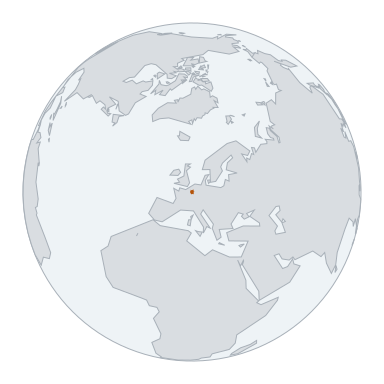 Namur highlighted on a globe, orthographic projection, rotated 22°
{"feature_id": "BEL-3476", "entity_name": "Namur", "entity_type": "Province", "adm_level": 1, "iso_a3": "BEL", "parent_name": "Belgium", "parent_adm1": "", "projection": "orthographic", "projection_center": [4.867, 50.216], "detail": "fine", "context": "on_globe", "style": "filled", "palette": "amber", "viewbox_px": 384, "rotation_deg": 22, "n_neighbors": 0, "source": "natural_earth", "source_scale": "10m", "svg_char_len": 11008}
<svg xmlns="http://www.w3.org/2000/svg" viewBox="0 0 384 384"><g transform="rotate(22 192 192)"><circle cx="192" cy="192" r="169" fill="#eef3f6" stroke="#a8b0b8"/><path d="M24.0,210.4L24.0,209.1L23.5,203.5L25.1,202.8L26.0,191.9L25.9,187.7L24.8,187.9L25.6,172.2L27.7,161.9L39.8,119.2L43.1,112.7L46.5,107.4L67.2,80.4L50.4,100.3L55.3,93.1L62.4,84.4L62.2,85.0L72.1,75.1L78.8,68.6L92.3,59.4L105.1,56.3L100.7,59.1L104.3,58.3L110.1,55.0L113.1,53.0L133.4,48.5L153.4,41.8L157.6,38.1L158.3,40.4L164.8,32.8L174.3,29.7L164.9,34.3L164.9,35.7L172.0,33.9L173.5,35.0L177.9,34.9L179.1,36.5L173.5,39.4L174.2,40.6L179.1,39.3L183.5,40.4L176.1,42.0L182.9,44.1L174.8,50.2L154.0,54.6L150.7,60.5L132.5,72.1L135.4,72.8L130.3,78.1L131.8,81.1L128.0,82.7L132.4,83.7L135.6,81.7L138.6,81.5L139.7,83.1L135.1,85.4L133.9,84.9L133.1,86.4L130.3,86.9L132.3,87.6L126.6,90.4L133.9,90.2L130.7,94.5L126.4,95.7L124.8,92.2L110.9,87.5L106.1,88.3L100.9,92.4L95.6,107.0L91.1,109.4L86.6,115.1L90.0,115.1L94.7,110.7L99.9,112.5L105.1,107.3L107.9,107.4L114.1,103.6L115.3,107.9L113.2,114.2L108.2,117.6L107.1,120.6L113.7,120.6L106.0,130.5L103.9,143.4L101.7,145.8L94.1,144.1L89.6,135.6L79.8,134.7L88.4,139.2L82.7,145.6L82.6,148.5L84.2,150.6L87.3,149.8L85.8,153.0L76.8,149.3L78.0,146.4L80.8,147.5L78.6,143.7L72.5,141.9L70.1,145.6L63.5,139.9L61.6,142.6L59.2,143.1L62.5,139.1L56.4,146.4L48.2,142.9L39.7,155.7L45.6,140.8L46.3,134.8L46.4,128.9L44.9,130.9L47.0,121.3L45.4,117.8L39.7,124.3L34.9,134.1L33.1,143.6L34.9,142.4L34.9,148.3L29.9,154.1L29.1,167.3L26.2,174.1L25.3,181.6L26.2,186.4L26.7,194.3L28.8,193.8L31.5,198.1L29.7,204.7L32.6,202.5L33.1,209.4L39.5,222.3L38.5,222.8L43.6,241.3L52.0,256.1L53.9,263.5L52.6,265.0L56.2,269.7L56.3,271.6L73.0,289.4L83.7,301.2L84.7,307.2L78.6,308.1L79.6,316.3L70.4,309.2L71.2,310.2L62.8,300.9L55.1,291.1L48.2,280.7L42.0,269.8L36.7,258.5L32.2,246.9L28.6,234.9L25.9,222.7L24.0,210.4ZM37.1,159.0L36.4,177.7L34.4,171.0L35.2,171.3L35.9,165.7L36.3,157.4L35.2,152.0L37.1,159.0ZM42.1,158.4L42.0,155.7L42.5,157.9L42.1,158.4ZM114.1,52.0L110.1,54.8L104.2,57.6L107.4,55.1L114.1,52.0ZM125.4,47.7L124.0,49.1L120.1,49.3L122.1,48.4L125.4,47.7ZM160.2,35.4L156.6,36.7L159.6,35.1L160.2,35.4ZM178.2,34.6L178.8,34.0L180.8,34.2L178.2,34.6ZM113.0,101.6L113.5,102.6L112.1,102.8L113.0,101.6ZM115.2,99.1L113.1,98.6L113.9,97.3L115.1,97.7L115.2,99.1ZM184.5,37.0L187.6,37.7L183.5,37.4L184.5,37.0ZM117.5,100.1L115.4,95.2L116.8,93.1L122.6,92.7L117.5,100.1ZM188.7,38.5L196.2,40.7L198.1,39.3L197.1,44.6L191.1,40.9L185.7,40.6L188.8,39.8L188.7,38.5ZM136.1,80.3L132.8,82.5L134.5,79.2L136.1,80.3ZM136.5,78.3L137.5,68.9L143.0,66.7L141.5,70.2L147.8,66.3L150.0,69.8L147.1,72.7L143.1,73.4L146.9,74.2L136.5,78.3ZM195.4,47.4L196.4,48.5L194.3,48.0L195.4,47.4ZM139.9,81.2L139.6,79.4L144.4,77.3L145.8,80.5L143.8,80.1L139.9,81.2ZM148.4,63.7L152.2,62.9L155.0,65.4L156.8,65.4L150.5,69.7L148.4,63.7ZM143.3,81.4L146.4,82.2L145.2,84.8L140.5,82.8L143.3,81.4ZM145.0,75.4L147.3,74.6L146.5,76.1L145.0,75.4ZM142.7,94.6L142.3,92.3L144.7,91.0L142.7,94.6ZM147.7,82.4L148.1,81.5L149.0,80.8L150.7,81.8L147.7,82.4ZM153.0,71.3L153.3,72.6L155.7,69.6L157.9,71.6L153.3,74.1L156.2,73.9L156.9,74.5L152.3,75.9L153.0,71.3ZM155.2,80.8L150.1,85.0L150.4,89.5L148.2,90.7L148.2,83.3L155.2,80.8ZM153.9,77.8L154.2,79.9L151.4,80.3L149.4,79.0L153.9,77.8ZM161.0,72.1L158.9,68.4L159.9,68.0L161.0,72.1ZM155.9,82.0L157.1,80.9L156.2,82.2L155.9,82.0ZM160.1,75.0L159.2,73.7L160.4,73.2L160.1,75.0ZM160.3,80.1L158.6,81.4L157.2,80.5L160.3,80.1ZM160.6,77.7L162.6,77.4L157.7,79.5L160.0,77.1L160.6,77.7ZM161.4,74.8L161.9,74.1L161.6,75.4L161.4,74.8ZM166.5,82.6L160.7,85.5L157.7,83.5L163.7,81.0L166.5,82.6ZM359.5,169.8L359.2,168.1L359.1,169.5L357.2,161.9L353.5,155.5L354.4,163.6L352.5,159.4L347.5,157.4L347.7,169.0L349.3,193.7L352.5,205.6L351.7,215.3L343.3,207.6L337.7,198.4L335.8,203.6L326.1,201.5L312.8,216.2L309.9,214.4L307.6,218.7L300.6,220.3L295.8,216.7L292.0,220.1L304.7,229.0L308.6,225.3L310.4,216.3L313.4,220.5L319.9,220.0L316.4,239.0L294.9,267.3L291.1,259.0L266.0,240.6L265.8,236.9L265.7,236.6L265.2,236.0L264.7,242.4L259.8,238.0L275.0,253.6L278.3,261.1L294.6,268.1L293.5,270.4L298.2,270.6L311.4,257.3L311.8,260.4L306.6,278.9L287.0,307.7L288.7,315.9L285.6,323.9L271.3,334.5L270.5,338.2L262.8,342.5L260.9,344.6L253.5,348.5L242.0,353.0L224.7,357.2L225.2,356.3L219.0,355.0L211.1,346.5L217.2,340.1L216.3,335.1L203.6,323.6L206.5,315.4L202.7,312.1L195.0,313.4L190.4,309.2L185.6,309.2L154.6,310.0L144.1,302.6L129.5,280.5L134.4,273.6L133.7,263.5L166.3,232.3L175.1,235.1L202.9,229.3L206.7,230.3L205.4,239.3L227.8,246.2L232.7,237.9L251.1,238.3L262.0,233.8L262.4,216.5L244.5,223.5L239.4,216.7L252.2,204.3L267.6,198.2L266.1,195.4L254.7,192.9L256.5,185.4L250.6,191.5L254.2,193.6L250.6,197.6L247.0,196.0L247.8,193.3L242.7,193.8L240.2,207.0L243.7,210.5L231.3,216.5L235.9,223.0L233.2,227.4L224.4,218.1L223.9,213.8L209.0,204.3L208.3,209.2L222.4,218.7L218.7,218.5L217.9,225.8L215.7,220.1L200.5,209.0L188.2,213.0L175.5,230.8L167.7,232.0L159.8,228.0L161.6,210.2L178.8,209.7L179.6,203.9L173.7,195.4L179.4,196.1L179.1,192.7L185.3,192.1L191.7,183.5L197.7,182.1L197.9,171.6L201.0,169.6L200.0,176.3L202.5,180.4L217.1,177.1L219.2,174.3L218.2,167.9L222.3,168.0L219.4,162.2L226.7,157.5L215.4,158.6L213.9,151.6L216.9,145.1L214.4,143.1L209.4,153.8L209.2,158.0L212.3,161.1L210.0,173.3L205.5,176.1L200.2,164.5L193.2,167.4L192.2,157.6L206.4,133.9L213.6,128.1L230.3,132.3L229.9,137.3L223.8,138.1L231.6,143.4L230.0,140.0L233.4,140.3L232.8,134.1L235.2,134.1L230.5,128.4L233.4,127.7L236.3,131.3L237.9,122.0L243.3,119.1L242.5,117.1L240.1,115.7L248.5,113.2L247.5,111.8L244.4,112.1L240.4,109.7L236.7,104.5L239.8,103.9L241.6,105.7L250.0,108.7L254.2,113.9L255.1,113.1L252.2,108.6L241.9,104.8L238.8,101.9L243.8,103.0L241.7,102.4L241.1,100.8L243.5,98.7L238.1,97.3L227.5,81.8L231.0,76.7L236.6,79.1L232.5,68.8L236.7,64.5L233.8,64.7L229.9,60.3L228.5,61.5L226.9,61.3L216.2,51.6L216.1,49.1L208.2,45.8L206.7,45.9L206.3,47.5L197.1,44.6L198.1,39.3L201.4,39.1L199.7,36.2L207.6,36.4L213.3,35.4L222.8,37.8L226.5,37.1L225.4,36.1L229.6,34.7L242.0,35.9L236.8,39.3L219.1,40.0L226.8,39.9L226.5,41.3L230.1,42.3L235.4,42.3L235.1,41.4L250.9,50.2L266.5,55.3L261.9,50.6L263.2,48.8L276.9,52.3L301.3,69.0L303.4,68.2L306.3,70.1L310.7,74.8L306.6,72.1L307.3,74.4L304.3,72.4L310.0,79.5L305.9,77.0L312.4,84.1L314.5,84.3L311.0,78.7L318.3,86.3L320.0,85.0L324.9,89.3L337.4,107.2L343.3,119.4L344.6,121.7L344.5,123.5L348.1,132.1L351.1,135.3L352.3,138.7L356.4,152.9L355.8,150.7L355.7,155.4L358.3,164.9L358.6,163.6L359.5,169.8ZM157.3,250.4L157.0,253.6L157.3,250.4ZM285.6,199.7L293.7,194.4L287.0,186.9L289.6,184.3L286.4,182.8L286.5,186.4L278.2,181.7L280.6,176.2L278.1,172.3L275.3,174.0L272.2,185.0L284.0,191.6L283.4,197.0L285.6,199.7ZM39.7,222.6L40.3,225.4L39.1,223.4L39.7,222.6ZM32.9,172.6L33.3,175.5L33.2,178.0L32.6,176.2L32.9,172.6ZM39.7,195.8L40.8,199.4L39.1,196.8L39.7,195.8ZM36.6,180.4L38.7,193.1L35.6,188.7L34.4,180.8L35.9,184.6L36.6,180.4ZM39.4,160.9L39.4,163.1L38.6,163.7L39.4,160.9ZM42.4,160.0L42.2,159.5L42.7,157.6L42.4,160.0ZM83.2,145.8L83.9,146.2L84.9,148.8L83.3,148.5L83.2,145.8ZM96.4,155.7L93.7,160.7L94.5,156.8L91.7,157.1L89.9,149.5L100.5,146.6L96.0,149.2L96.4,155.7ZM90.5,139.1L90.4,143.9L90.1,138.8L90.5,139.1ZM171.2,175.8L174.1,178.0L172.8,181.9L165.2,184.6L167.0,178.7L171.2,175.8ZM178.5,180.2L175.4,168.5L180.0,166.6L177.9,169.6L181.3,169.5L178.9,174.3L186.3,184.4L185.7,188.7L172.0,190.7L176.8,187.6L173.7,185.5L178.5,180.2ZM159.3,144.6L158.0,140.3L169.6,141.8L169.5,145.7L161.9,148.4L157.6,145.4L159.3,144.6ZM128.2,100.7L126.9,99.6L128.2,98.9L130.3,99.3L128.2,100.7ZM142.3,93.6L135.0,105.3L133.2,104.5L131.0,112.7L125.4,113.9L127.0,108.4L121.1,115.7L120.3,111.2L116.8,116.5L120.9,104.2L119.9,100.7L123.1,104.1L128.3,103.1L130.2,101.6L135.0,95.0L135.5,87.4L140.7,85.5L144.2,86.2L144.9,87.7L141.3,88.4L144.8,90.0L140.1,92.2L142.3,93.6ZM182.7,99.6L178.3,99.0L184.5,103.9L179.9,105.6L180.9,106.0L178.3,109.0L176.9,113.5L174.5,113.7L175.0,115.4L173.3,117.5L173.2,120.0L168.9,121.2L168.4,124.4L166.6,123.2L166.9,128.4L164.8,125.2L162.4,127.8L165.7,129.6L142.7,132.0L134.7,136.1L129.2,141.4L126.2,135.5L129.4,127.0L135.9,118.4L144.1,115.5L141.3,113.6L144.3,111.7L145.3,114.0L145.6,109.4L148.4,108.5L154.2,101.8L153.0,96.0L155.1,93.6L157.0,95.4L157.7,91.7L162.7,93.7L164.3,92.0L170.8,92.5L173.4,97.3L175.0,95.1L180.0,95.6L182.7,99.6ZM168.3,82.9L172.5,87.9L172.1,91.4L161.0,89.2L158.9,90.4L151.8,89.5L152.6,84.6L154.5,85.3L156.6,84.8L155.5,86.5L158.0,84.8L160.8,85.8L163.4,84.8L164.1,86.6L168.3,82.9ZM209.8,226.5L212.5,226.4L216.5,225.3L216.1,230.1L209.8,226.5ZM199.3,219.0L201.6,218.2L203.0,224.0L200.1,224.2L199.3,219.0ZM201.7,212.9L201.6,217.7L200.0,215.2L201.7,212.9ZM202.0,175.2L204.3,174.0L205.0,175.4L204.2,177.9L202.0,175.2ZM200.2,115.7L197.7,114.5L198.1,113.5L194.9,108.9L198.1,107.4L201.3,109.7L200.2,115.7ZM260.0,220.6L257.6,224.9L255.6,224.1L256.8,222.8L260.0,220.6ZM236.3,228.7L242.3,229.1L236.1,230.0L236.3,228.7ZM203.1,113.4L201.4,111.6L204.1,112.0L203.1,113.4ZM200.3,106.2L203.2,106.2L198.2,106.7L200.3,106.2ZM308.5,308.0L295.0,324.8L288.7,328.9L289.2,326.9L295.4,318.3L303.2,311.4L307.5,305.4L308.5,308.0ZM360.6,181.4L360.2,180.7L360.1,176.2L360.1,174.8L360.6,181.4ZM353.0,206.1L355.4,209.3L354.7,213.1L353.0,206.1ZM346.3,124.6L347.6,128.3L346.8,127.0L344.6,121.4L346.3,124.6ZM328.6,93.2L331.6,97.1L333.0,99.0L332.1,98.0L328.6,93.2ZM227.9,100.9L228.8,108.7L231.5,113.9L236.4,115.9L229.9,116.7L225.7,108.7L227.9,100.9ZM227.2,84.1L223.0,82.7L224.5,81.3L225.7,81.5L227.2,84.1ZM224.9,84.7L220.3,86.8L217.7,84.8L221.8,83.5L224.9,84.7ZM211.9,99.7L211.9,102.1L209.7,101.6L211.9,99.7ZM303.8,66.1L302.2,65.1L299.5,62.6L301.3,63.9L303.8,66.1ZM289.0,54.2L298.2,61.6L305.3,68.2L304.8,67.3L309.4,71.2L308.3,71.1L300.9,64.5L296.1,60.1L292.1,57.6L286.6,53.5L282.7,51.9L279.3,49.9L281.3,50.1L289.0,54.2ZM281.2,51.5L272.5,48.2L268.9,44.8L270.0,44.8L275.5,47.6L277.1,49.2L281.2,51.5ZM269.4,46.5L270.8,48.1L261.1,48.7L258.1,48.1L263.6,45.4L265.3,46.8L268.3,47.4L269.4,46.5ZM197.9,47.9L196.5,48.4L196.7,47.4L197.9,47.9ZM226.2,62.1L223.9,61.7L224.2,60.3L226.2,62.1ZM217.8,59.7L219.1,61.6L216.4,59.9L217.8,59.7ZM222.2,65.8L219.0,62.4L223.9,65.3L222.2,65.8Z" fill="#d9dde1" stroke="#a8b0b8" stroke-width="1"/><path d="M191.9,192.2L191.7,192.4L191.6,192.5L191.2,192.8L191.1,192.6L191.1,192.4L191.0,192.1L191.1,191.9L191.0,192.0L190.9,191.9L191.0,191.8L191.1,191.7L191.3,191.7L191.5,191.7L191.5,191.4L191.4,191.3L191.5,191.3L191.4,191.3L191.5,191.3L191.5,191.2L191.4,191.2L191.5,191.0L191.4,191.0L191.5,191.0L191.6,190.9L191.8,190.8L192.1,190.8L192.2,190.7L192.2,190.8L192.3,190.9L192.3,191.0L192.5,191.1L192.6,191.3L192.6,191.2L192.7,191.3L192.8,191.5L193.0,191.5L192.9,191.7L193.0,191.7L193.0,191.8L192.9,191.8L192.7,191.9L192.7,192.0L192.8,192.2L192.7,192.2L192.8,192.3L192.7,192.3L192.4,192.4L192.3,192.5L192.2,192.5L192.3,192.7L192.4,192.8L192.5,192.9L192.4,192.9L192.4,193.0L192.2,193.1L192.1,193.3L192.0,193.2L191.9,193.1L192.0,193.0L192.0,192.9L191.9,192.8L191.9,192.7L191.9,192.4L192.0,192.4L192.0,192.2L191.9,192.2Z" fill="#f59e0b" stroke="#b45309" stroke-width="1.5"/></g></svg>